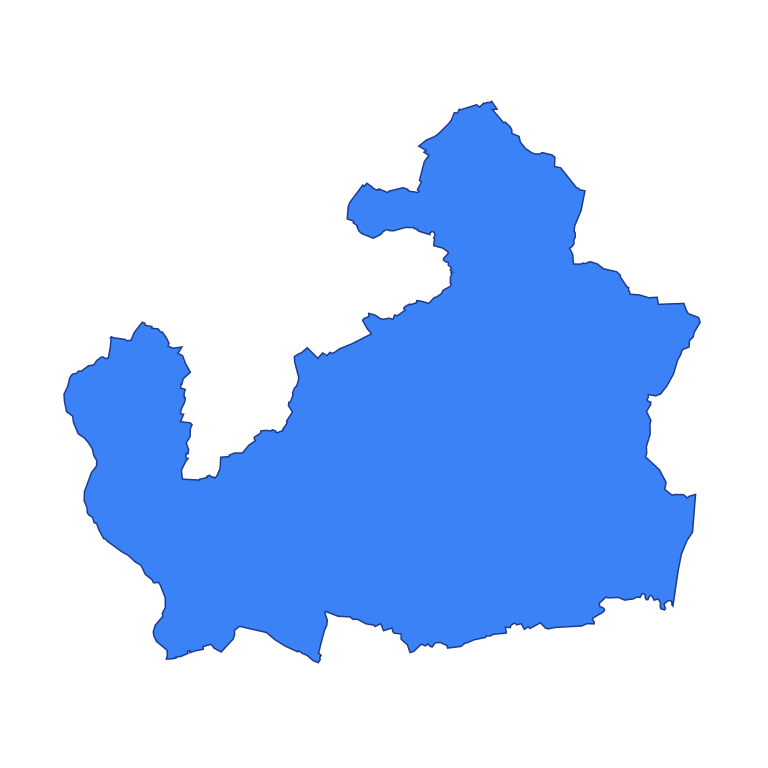 Wiset Chai Chan, Ang Thong, Thailand, rotated 4°
{"feature_id": "78962969B38552954370862", "entity_name": "Wiset Chai Chan", "entity_type": "district", "adm_level": 2, "iso_a3": "THA", "parent_name": "Thailand", "parent_adm1": "Ang Thong", "projection": "orthographic", "projection_center": [100.305, 14.571], "detail": "fine", "context": "isolated", "style": "filled", "palette": "blue", "viewbox_px": 768, "rotation_deg": 4, "n_neighbors": 0, "source": "geoboundaries", "source_scale": "gbopen_adm2", "svg_char_len": 6137}
<svg xmlns="http://www.w3.org/2000/svg" viewBox="0 0 768 768"><g transform="rotate(4 384 384)"><path d="M677.5,282.7L652.1,285.4L650.4,278.4L642.2,279.5L632.4,277.3L623.0,277.3L622.7,275.1L621.2,273.2L621.4,270.9L619.8,270.4L612.5,261.0L611.9,258.8L608.2,255.8L594.9,253.7L588.5,249.4L581.1,247.6L575.8,250.0L574.5,249.4L571.3,250.8L564.7,251.1L563.2,241.7L559.7,235.5L562.0,233.8L563.7,230.9L563.4,226.8L564.5,224.5L564.2,219.8L563.0,218.2L563.2,213.1L568.5,197.1L571.0,177.3L564.9,176.5L564.6,175.3L562.4,174.8L545.1,156.0L538.9,155.2L538.7,146.0L535.8,143.8L525.7,142.1L523.6,143.6L518.5,144.0L515.2,143.0L508.7,139.2L503.1,133.2L501.5,127.6L494.0,125.1L493.8,121.7L492.1,118.9L486.7,114.3L485.2,115.1L472.9,102.6L477.6,102.0L471.6,94.4L470.1,96.0L467.9,95.7L464.8,97.3L463.9,96.8L460.1,101.0L456.8,99.0L441.4,105.1L439.9,104.6L438.4,108.7L435.3,108.4L432.9,115.7L431.0,119.0L420.6,130.9L417.1,133.7L409.4,137.6L402.1,144.3L409.8,148.1L407.7,150.0L412.8,152.8L408.7,159.4L405.2,178.4L407.2,180.0L403.8,187.8L405.4,189.1L404.7,190.5L396.5,190.0L394.3,189.1L394.1,188.1L389.2,186.9L375.4,191.3L374.4,192.8L365.2,189.7L364.8,191.0L362.0,190.5L358.9,189.2L358.9,188.6L352.9,184.9L350.4,188.3L349.0,187.0L337.2,205.3L335.9,210.0L335.8,221.9L341.9,223.5L342.6,224.2L342.0,225.3L346.6,228.2L346.2,229.4L348.6,233.4L351.3,235.5L363.1,239.3L370.1,235.2L372.6,232.0L375.7,229.7L378.8,230.6L382.8,230.5L394.6,226.3L403.1,225.9L403.3,226.9L406.3,227.2L406.4,228.1L408.6,229.3L419.3,231.8L419.6,230.0L421.0,228.5L423.2,228.9L424.7,232.0L423.3,234.8L424.3,235.6L423.9,242.5L433.0,244.3L438.6,247.6L438.8,249.5L434.8,254.3L434.6,256.0L436.9,257.8L439.9,258.3L439.8,260.9L443.2,263.5L442.1,265.9L444.4,267.8L443.1,268.5L443.9,269.7L442.8,272.7L443.1,278.8L444.2,279.3L443.5,281.8L436.4,286.4L434.7,290.2L430.2,293.6L428.0,294.3L423.0,300.5L415.8,298.8L410.8,298.5L410.8,300.6L404.6,303.2L404.0,302.5L399.8,305.1L398.4,307.0L399.7,309.0L392.5,315.0L389.7,314.4L388.5,318.8L384.2,318.0L378.9,319.5L375.8,319.1L370.4,315.9L363.8,314.6L364.2,317.7L359.4,320.1L358.2,322.0L363.1,329.6L368.0,334.8L348.6,346.5L337.3,351.9L332.9,355.6L329.9,357.2L327.9,356.2L325.2,359.6L320.6,357.3L316.2,363.0L304.9,353.2L298.9,359.2L298.0,359.1L292.7,362.9L293.3,368.0L298.4,383.1L298.4,386.5L297.0,392.0L295.0,394.3L293.4,399.2L294.0,401.6L291.9,408.4L290.3,408.9L290.2,412.4L294.7,418.2L289.3,427.9L290.3,429.4L286.1,436.3L286.4,437.5L280.8,440.0L279.4,439.6L279.2,438.4L275.7,437.4L275.2,438.7L269.4,438.5L264.4,439.4L264.3,441.7L258.5,445.9L258.2,447.1L259.6,449.7L253.7,454.2L248.1,462.0L246.6,462.9L239.9,463.2L234.5,465.8L234.6,467.3L226.2,468.4L226.4,479.6L223.9,487.0L222.1,489.7L220.2,488.6L218.8,489.0L216.3,487.2L213.8,488.4L214.3,489.6L206.7,491.8L206.7,492.7L189.5,493.0L187.9,484.1L191.4,475.4L193.8,471.9L191.6,471.5L191.4,467.1L193.4,467.2L193.7,463.1L190.8,456.5L194.2,450.2L194.0,441.8L195.4,438.0L193.4,436.3L183.6,435.8L186.2,428.2L183.0,427.8L183.4,423.7L186.5,415.8L186.8,411.5L185.7,411.2L185.2,407.9L186.0,403.2L181.4,402.3L181.4,398.4L182.3,398.5L183.3,392.8L190.0,385.8L184.7,377.6L181.0,369.7L176.3,367.9L179.8,361.2L171.2,363.0L165.9,361.4L166.7,358.5L163.9,353.4L159.3,347.7L157.5,347.7L154.8,344.8L148.5,344.6L148.5,342.9L141.6,342.1L141.4,340.2L138.6,339.2L131.3,350.0L128.6,357.9L124.6,358.9L122.9,357.6L110.4,356.7L108.9,355.9L107.8,356.9L108.6,358.0L108.4,366.5L107.2,377.3L104.5,378.0L101.8,376.6L99.8,377.1L95.7,380.7L93.4,385.0L87.9,386.5L81.1,392.3L78.4,392.4L76.1,395.0L72.4,395.9L70.1,399.8L68.7,408.3L65.5,416.4L66.4,423.4L69.3,433.8L75.7,437.8L76.9,444.0L82.5,455.1L88.7,458.6L93.0,462.9L97.7,469.2L99.3,475.3L102.7,480.3L103.0,485.9L98.4,492.6L92.7,512.2L93.0,521.3L96.6,528.7L96.9,532.8L98.5,535.1L102.6,537.5L104.5,542.6L107.1,543.2L109.4,548.6L115.1,557.8L117.1,558.1L118.8,560.0L134.0,569.6L140.4,572.5L148.5,579.0L154.2,581.8L159.3,590.7L166.1,595.3L168.0,598.4L173.0,597.7L174.9,600.3L180.6,612.2L181.5,622.0L178.8,628.5L179.6,631.1L172.6,640.7L171.1,647.5L172.0,651.2L174.9,656.6L186.2,664.7L186.8,670.2L186.0,673.6L192.3,672.8L195.7,671.9L195.5,671.0L200.5,669.9L207.2,666.5L206.5,664.4L208.7,663.5L209.1,665.6L214.6,663.2L222.1,661.3L221.9,658.5L229.7,655.7L233.0,659.4L240.3,662.7L251.4,648.8L252.4,644.8L252.1,640.0L256.8,635.8L284.1,640.1L292.9,646.6L303.9,652.4L316.6,657.2L317.6,656.0L321.4,658.5L326.1,660.0L333.0,665.1L337.9,666.6L339.6,663.2L338.9,661.6L340.2,659.0L337.6,657.2L338.7,649.9L341.7,634.2L343.7,628.8L343.9,623.4L341.2,617.2L341.4,614.9L354.4,618.9L366.3,618.7L369.5,620.9L373.8,620.5L382.8,624.5L391.0,625.2L391.9,626.6L397.5,623.3L400.8,630.1L409.1,626.9L410.0,630.3L411.4,631.8L418.6,632.2L418.9,637.5L425.6,642.5L428.7,650.1L432.4,648.6L439.3,640.9L443.6,642.4L445.9,640.1L448.2,642.4L450.4,643.0L453.1,638.6L458.2,637.9L465.0,640.5L465.9,643.0L479.1,640.4L483.3,636.5L485.0,636.4L491.7,632.9L503.0,629.7L503.4,628.3L508.4,627.7L509.8,626.2L523.4,623.9L522.1,617.9L526.9,618.3L527.4,615.9L530.3,613.7L531.8,613.6L533.0,615.0L537.7,613.5L541.1,619.0L544.7,616.1L546.7,617.7L556.6,611.3L562.3,616.4L565.1,616.8L571.7,614.9L598.0,611.6L603.3,608.9L610.4,608.6L610.1,606.4L608.3,604.2L608.5,603.0L617.8,596.8L619.8,594.6L619.1,592.5L614.6,590.8L614.1,587.7L620.5,580.9L622.1,581.7L633.0,580.6L639.1,582.8L648.0,580.9L650.5,579.1L654.3,579.0L655.8,575.7L657.4,575.0L659.2,576.1L659.7,579.5L660.9,580.9L662.3,580.7L663.6,577.1L665.0,576.3L666.3,577.0L668.6,580.8L672.5,579.3L675.1,582.8L675.0,586.4L675.9,588.9L679.6,589.8L680.5,588.3L678.6,583.9L682.1,580.7L684.4,580.1L686.2,580.8L686.6,584.1L687.7,585.4L690.4,550.2L692.5,533.1L697.0,519.3L702.1,510.3L702.5,472.4L696.3,474.7L694.4,476.5L690.6,473.5L681.4,474.0L679.5,474.9L676.4,473.0L671.5,469.6L672.2,462.4L664.8,450.5L649.9,438.4L650.9,434.8L650.1,428.0L653.0,415.6L652.1,405.3L652.7,401.7L647.8,393.0L651.3,386.3L651.5,383.6L648.3,382.6L647.4,381.1L648.5,379.2L648.5,376.1L655.7,376.9L660.5,374.7L666.3,366.3L672.1,353.7L675.3,339.4L678.0,333.8L678.7,330.3L680.1,328.4L685.7,325.9L685.7,319.4L689.2,315.5L689.9,310.8L695.0,300.5L693.3,295.8L682.7,292.6L680.4,289.3L677.5,282.7Z" fill="#3b82f6" stroke="#1e3a8a" stroke-width="1.5"/></g></svg>